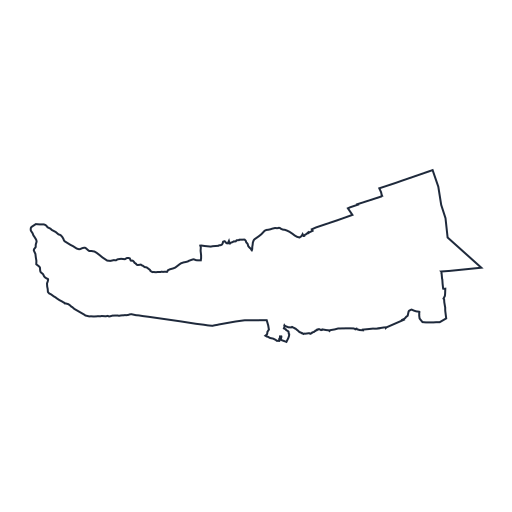 Valea Seaca, Bacau, Romania
{"feature_id": "2599482B95868275621614", "entity_name": "Valea Seaca", "entity_type": "district", "adm_level": 2, "iso_a3": "ROU", "parent_name": "Romania", "parent_adm1": "Bacau", "projection": "albers", "projection_center": [27.011, 46.251], "detail": "fine", "context": "isolated", "style": "outline", "palette": "slate", "viewbox_px": 512, "rotation_deg": 0, "n_neighbors": 0, "source": "geoboundaries", "source_scale": "gbopen_adm2", "svg_char_len": 6017}
<svg xmlns="http://www.w3.org/2000/svg" viewBox="0 0 512 512"><path d="M47.9,291.9L48.1,292.2L49.1,293.4L51.1,294.4L53.8,296.4L55.6,297.4L56.4,298.1L59.4,300.1L61.9,301.4L63.5,302.4L64.4,302.8L64.7,303.4L66.0,303.5L68.4,304.2L70.2,305.5L71.4,306.7L72.3,307.1L74.3,308.9L84.2,314.6L85.4,315.5L89.2,316.4L91.5,316.3L93.3,316.5L96.1,316.4L97.8,316.2L100.3,316.3L101.7,316.0L105.8,316.3L107.7,315.9L108.9,316.4L109.7,316.4L112.6,315.6L117.6,315.5L119.0,315.8L121.2,315.4L123.5,315.3L124.9,315.1L126.3,315.2L128.4,314.9L129.7,314.4L131.4,314.2L136.0,315.2L138.8,315.4L143.0,316.1L148.7,316.8L180.8,321.4L196.0,323.8L203.6,324.7L207.9,325.4L212.4,325.8L214.6,325.3L217.6,324.8L218.7,324.5L235.6,321.5L244.4,320.3L266.7,320.2L268.2,325.4L268.9,329.6L268.2,330.6L267.4,331.9L267.3,333.2L266.9,334.5L265.4,335.7L266.9,336.6L268.3,336.9L268.8,337.3L270.1,338.0L273.1,338.6L275.7,339.9L276.8,340.8L279.2,340.9L279.2,338.9L279.6,338.5L279.9,337.8L280.0,336.4L281.3,336.4L281.4,336.8L281.2,337.8L280.8,339.3L280.7,339.8L286.4,341.9L288.3,338.1L289.0,336.0L289.2,334.7L289.2,334.2L288.8,333.8L288.5,331.6L288.2,331.3L286.1,330.0L285.9,329.4L283.9,328.4L284.7,326.2L284.3,325.7L284.4,325.4L284.6,325.7L285.2,325.9L285.6,326.2L288.5,327.3L291.3,327.4L292.0,326.9L292.4,327.0L293.0,327.5L294.5,328.1L295.1,328.6L295.5,328.6L297.0,329.9L297.7,330.4L299.5,332.1L299.9,332.1L300.4,332.5L301.2,332.7L301.6,333.2L302.2,333.1L303.4,334.0L303.7,333.9L303.9,333.7L304.1,333.6L305.4,333.7L308.9,333.2L309.7,333.3L310.0,333.7L310.4,333.8L311.4,333.3L311.6,333.0L312.1,332.8L312.3,332.4L313.9,332.0L314.6,331.3L315.2,331.1L315.5,330.6L316.5,330.4L316.6,330.2L316.7,329.8L316.8,329.7L317.7,329.8L317.9,329.6L318.0,329.3L318.4,329.2L319.3,329.2L321.1,330.1L322.1,329.9L322.3,329.4L326.4,330.1L328.6,330.3L329.5,331.0L330.0,330.2L334.8,329.4L338.0,328.5L348.0,328.3L353.3,328.4L354.7,328.8L355.3,329.3L356.2,328.7L356.6,328.6L357.2,329.4L358.8,329.7L359.2,330.0L363.0,330.3L362.9,329.6L368.2,329.1L372.9,328.6L375.4,328.7L377.3,328.6L378.9,328.4L378.8,328.2L380.4,328.0L383.6,327.5L386.0,327.3L386.0,327.8L386.6,327.3L403.3,320.0L402.7,319.6L404.4,318.8L405.5,317.7L406.3,316.7L407.4,316.0L407.7,315.6L408.6,311.5L408.9,311.0L409.2,310.7L410.7,309.9L411.6,309.6L413.9,310.6L415.7,311.2L416.5,311.4L419.1,311.7L419.4,311.9L419.2,313.7L419.2,314.5L419.3,314.8L419.2,315.4L419.3,316.4L419.6,318.5L420.5,319.7L422.5,322.1L425.9,322.4L433.5,322.4L436.1,322.2L439.7,322.2L446.2,318.4L445.3,311.3L445.2,310.0L445.2,307.6L445.0,306.5L444.3,302.3L444.1,299.3L443.5,298.6L444.9,295.9L445.1,293.8L445.3,288.7L444.4,288.8L443.2,288.7L443.1,288.3L442.6,283.8L442.3,279.3L442.1,278.9L441.6,273.5L441.4,273.1L441.5,272.4L441.5,271.7L441.3,271.5L449.7,270.9L481.3,267.7L447.6,237.5L445.5,218.2L441.2,204.9L438.3,186.7L432.6,170.1L401.6,180.8L396.3,182.7L379.3,188.3L381.1,192.3L381.6,194.6L382.1,195.8L381.5,195.9L381.3,196.5L359.9,203.4L357.4,204.2L357.8,204.7L350.1,207.3L347.9,208.3L352.4,214.9L338.4,219.9L316.1,227.4L311.8,229.3L312.6,230.8L309.4,232.3L308.6,232.9L308.3,232.3L307.3,233.2L307.4,233.3L306.6,233.9L304.1,235.4L304.2,235.9L303.9,236.0L303.6,236.0L303.3,235.6L302.6,234.2L302.2,235.0L301.4,236.2L299.5,237.5L297.0,236.8L294.7,235.5L292.5,233.8L289.5,231.8L287.0,230.6L284.8,229.8L282.9,229.6L281.1,228.9L280.2,228.2L279.5,227.9L278.8,227.8L278.1,228.1L276.9,228.2L275.1,228.0L272.1,228.7L270.4,229.3L268.0,229.8L266.7,229.9L265.3,230.4L264.5,230.9L261.4,234.2L258.9,236.2L254.6,239.2L254.0,239.8L253.5,240.7L253.2,241.7L252.9,242.3L252.6,245.0L252.3,246.6L252.2,249.0L252.0,249.9L251.8,250.3L251.5,250.0L250.8,248.7L249.9,248.0L248.8,246.8L248.3,246.2L247.6,243.9L247.1,243.2L246.5,242.7L246.1,242.0L245.9,241.1L245.4,240.4L244.6,239.6L239.4,239.7L239.1,240.1L236.6,240.3L235.8,241.3L234.8,241.5L234.0,241.3L233.3,241.7L232.1,242.3L230.7,242.7L229.9,243.6L228.9,243.3L229.1,242.7L228.8,242.3L228.8,241.7L229.0,241.4L228.9,241.0L228.2,242.5L227.7,243.3L226.9,243.3L226.3,243.0L224.8,241.3L224.3,241.2L224.0,241.4L223.1,241.7L222.6,243.5L222.1,244.4L221.5,244.8L220.6,245.2L219.1,245.3L218.4,245.8L212.8,246.2L210.7,246.6L204.6,246.0L201.2,245.5L200.3,245.6L200.8,247.4L200.6,250.8L201.1,255.3L201.1,258.3L200.9,259.5L200.8,260.3L197.5,260.3L196.1,260.2L194.0,259.4L193.3,259.3L191.4,259.9L188.6,260.9L188.4,261.2L187.0,261.7L185.3,262.1L183.6,262.4L181.0,263.3L179.4,264.4L177.2,266.1L175.2,267.6L173.2,268.4L169.9,269.3L167.9,270.3L167.7,270.6L167.3,271.6L167.0,271.9L165.0,271.7L163.1,271.9L161.5,271.7L160.5,272.0L157.5,272.0L156.4,272.2L155.1,272.2L153.9,272.0L152.4,272.1L150.5,271.0L150.0,270.0L149.7,269.7L146.8,267.5L145.8,267.2L145.0,267.2L144.4,266.9L142.8,265.7L141.9,265.4L140.8,264.6L139.0,264.9L137.7,265.0L137.1,264.9L136.2,264.2L136.0,263.7L135.2,263.2L134.6,262.9L134.2,262.1L133.9,261.9L133.4,261.2L132.5,260.6L131.1,260.7L130.7,260.5L130.4,259.8L129.8,258.4L128.6,258.0L127.2,258.0L126.5,258.2L125.3,259.0L124.8,259.2L121.1,258.8L119.0,259.1L117.7,259.3L117.2,259.5L116.3,260.2L115.2,260.3L113.9,260.1L110.4,260.9L107.2,260.6L102.4,257.4L99.5,255.0L96.6,252.8L94.4,251.5L93.0,251.3L91.6,251.0L89.4,251.0L88.7,250.7L85.6,248.0L85.1,247.8L84.3,247.7L82.4,248.1L80.1,249.1L79.3,249.2L78.4,249.1L76.6,248.5L73.1,246.2L70.5,244.9L64.7,241.3L64.0,240.5L63.3,238.7L62.3,237.0L60.9,235.4L59.9,234.8L58.5,234.4L55.7,232.0L51.7,229.9L50.5,228.7L47.6,227.3L46.4,225.8L45.4,225.0L43.8,224.4L39.6,224.4L35.8,224.1L32.0,226.6L31.4,227.1L31.0,227.6L30.8,228.2L30.7,229.5L30.8,230.4L31.2,231.2L32.3,232.8L32.7,233.5L33.4,235.4L34.4,236.8L36.0,239.4L36.4,240.4L36.6,241.7L35.9,244.0L35.7,245.0L35.7,246.8L35.6,247.2L35.3,247.6L34.1,249.1L33.9,249.8L33.8,250.3L34.1,251.1L35.4,253.9L35.8,257.3L36.4,260.9L36.3,263.4L36.3,264.3L38.8,266.2L39.4,266.8L39.8,267.3L40.0,267.9L40.1,269.9L40.3,271.2L40.5,271.8L40.9,272.4L42.9,274.0L43.5,275.0L43.9,276.0L44.7,277.1L45.6,277.8L47.1,278.7L47.7,278.8L48.0,279.1L48.1,279.7L47.9,280.8L47.5,282.1L47.2,282.8L47.0,283.6L47.2,286.6L47.7,289.0L47.9,291.9Z" fill="none" stroke="#1e293b" stroke-width="2"/></svg>